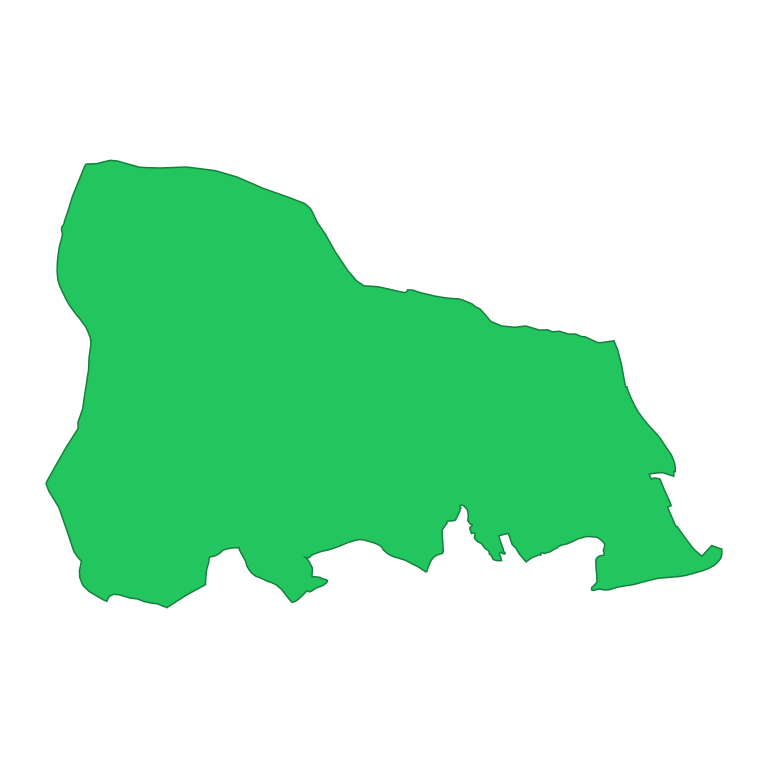 Santana De Mures, Mures, Romania
{"feature_id": "2599482B65561652185041", "entity_name": "Santana De Mures", "entity_type": "district", "adm_level": 2, "iso_a3": "ROU", "parent_name": "Romania", "parent_adm1": "Mures", "projection": "natural_earth1", "projection_center": [24.515, 46.596], "detail": "fine", "context": "isolated", "style": "filled", "palette": "green", "viewbox_px": 768, "rotation_deg": 0, "n_neighbors": 0, "source": "geoboundaries", "source_scale": "gbopen_adm2", "svg_char_len": 5169}
<svg xmlns="http://www.w3.org/2000/svg" viewBox="0 0 768 768"><path d="M106.8,601.3L107.9,598.9L109.1,596.6L111.3,595.4L113.5,594.3L119.3,594.8L130.1,598.1L137.1,598.9L141.0,600.3L144.8,601.7L152.5,603.3L157.3,603.8L164.6,606.8L165.6,606.8L166.8,607.7L172.3,604.1L186.1,595.3L200.5,587.4L205.5,584.6L205.7,579.2L206.1,574.7L206.8,569.0L208.7,562.7L209.0,559.2L209.6,557.3L210.7,556.8L213.5,556.4L216.8,555.0L219.9,553.1L223.3,550.0L228.2,548.6L233.4,547.9L239.1,547.7L239.1,549.0L240.9,552.8L243.2,556.9L245.8,561.6L246.8,566.0L249.3,570.1L251.3,572.8L255.7,576.2L258.5,577.2L263.2,579.2L267.0,581.1L271.0,582.4L276.6,585.0L281.7,589.6L288.3,598.1L291.5,602.0L292.6,602.2L293.8,601.9L295.8,601.1L297.8,599.7L301.9,596.0L304.2,593.7L306.7,591.0L307.8,590.8L308.5,591.5L309.6,591.9L310.6,591.5L312.4,590.6L315.8,588.2L318.8,587.0L321.1,586.3L323.6,585.0L326.6,582.8L327.2,581.8L327.5,580.8L326.9,580.0L325.2,579.4L323.0,579.0L320.3,577.5L316.7,576.9L311.9,576.7L312.3,571.2L312.3,567.8L309.1,561.5L307.3,559.1L305.2,557.3L308.5,557.8L309.5,557.5L311.0,555.8L313.3,554.3L316.2,553.3L321.1,551.5L329.1,549.7L337.2,547.0L343.3,544.5L348.6,542.3L352.4,541.2L357.4,539.8L362.1,539.6L368.4,541.2L374.1,542.9L379.4,545.2L381.5,546.9L383.3,549.8L386.5,552.8L389.3,554.7L394.5,557.1L397.3,557.7L400.8,558.9L405.0,560.1L418.7,567.2L425.6,571.8L426.7,571.7L428.3,567.0L430.7,561.2L433.2,557.6L436.2,555.5L439.7,554.1L442.5,553.3L443.3,551.5L442.0,530.2L446.1,524.3L446.9,523.8L446.7,523.1L446.9,522.0L447.9,521.2L449.7,520.9L451.7,521.0L455.3,520.2L457.3,516.4L459.7,511.5L460.0,510.1L460.3,508.8L461.0,508.0L460.8,507.4L459.8,506.1L460.4,505.3L462.5,505.2L464.1,506.2L466.2,508.4L467.7,510.4L468.3,516.0L468.0,518.6L467.8,520.8L468.8,522.2L470.4,524.0L472.3,524.8L472.3,525.7L471.0,526.5L469.9,527.5L469.9,529.1L470.7,531.1L471.1,532.8L471.6,533.6L473.3,532.9L474.6,533.0L475.1,534.0L474.8,535.8L474.3,537.5L475.6,539.8L477.7,541.8L481.0,543.3L482.3,544.6L485.0,548.5L487.1,549.7L488.7,551.0L489.2,552.2L489.3,554.0L491.2,555.4L492.2,557.5L493.3,559.5L495.5,560.3L497.5,560.6L499.5,560.7L501.5,560.6L500.9,557.6L499.4,554.0L499.8,552.7L500.8,552.5L502.5,553.4L504.3,554.1L505.2,553.6L505.0,552.7L503.4,551.1L503.3,548.8L502.4,547.1L500.5,541.4L498.7,535.9L502.9,534.7L508.3,533.4L512.2,544.6L515.8,548.1L519.1,553.7L526.0,561.9L531.4,558.0L539.2,554.7L540.8,555.1L540.7,553.9L541.2,552.9L542.4,552.7L543.6,553.4L544.9,553.4L546.5,552.8L550.2,551.8L554.1,549.3L557.5,547.6L558.1,546.6L559.7,545.8L561.9,545.1L563.5,544.7L565.0,544.3L567.6,543.7L572.7,541.5L578.8,538.5L581.6,537.9L584.2,537.0L586.0,536.8L589.1,536.5L593.0,536.9L596.1,537.1L597.8,537.7L599.5,538.8L601.4,540.3L602.5,541.4L604.5,543.6L604.6,545.6L604.3,547.8L603.6,549.1L603.4,551.4L604.2,552.9L603.8,555.2L602.0,555.4L599.3,556.0L596.7,558.1L595.8,560.1L596.0,567.9L596.8,575.2L596.9,582.3L593.6,585.8L591.7,587.5L591.5,589.1L592.0,590.3L594.6,590.2L599.5,588.9L601.1,589.5L605.8,590.0L609.4,589.7L617.7,587.1L626.7,585.6L633.6,584.6L634.9,584.2L646.9,581.0L655.2,578.9L658.5,578.3L678.1,576.6L685.7,575.5L701.8,571.0L707.9,568.8L713.5,565.8L716.0,563.8L718.9,560.7L720.3,559.0L721.1,557.3L721.9,554.2L721.8,549.1L718.4,548.0L711.7,545.5L701.8,556.2L695.3,550.5L692.2,547.2L687.0,540.4L677.1,526.5L676.0,526.7L667.5,507.1L671.2,505.7L669.7,501.5L664.5,490.2L659.9,478.9L654.4,477.9L651.4,479.2L649.1,474.2L653.8,473.3L660.8,472.7L662.8,472.7L673.7,476.3L673.9,471.8L675.4,471.7L675.1,466.8L674.6,463.1L673.1,459.1L671.4,455.0L667.7,449.5L664.2,444.4L660.6,438.9L657.5,435.0L652.8,429.8L648.4,425.1L642.8,418.3L638.0,411.6L634.8,405.8L631.3,398.6L629.8,395.1L628.1,391.0L627.8,389.7L626.8,386.7L625.5,386.9L621.8,366.5L621.2,363.2L619.4,356.6L617.7,350.0L616.1,346.1L614.0,340.8L608.8,341.5L604.6,342.1L601.0,342.6L597.9,342.7L584.9,336.7L581.8,336.7L575.5,334.0L568.5,334.1L559.7,331.3L552.3,331.8L547.6,329.8L539.5,330.1L525.8,326.0L514.8,327.3L501.5,325.9L490.9,321.5L487.5,317.4L480.0,308.9L475.2,306.7L472.4,304.1L462.6,300.0L458.7,298.9L449.4,298.3L441.3,297.2L434.4,296.0L426.5,294.1L420.0,292.5L412.7,290.1L407.7,289.8L406.5,292.0L404.4,292.6L378.4,286.8L369.2,286.1L364.2,285.9L356.6,280.9L347.8,270.6L335.3,251.9L325.3,234.1L317.3,222.5L312.6,212.5L311.5,210.5L310.4,208.5L304.9,203.7L288.8,197.4L263.2,188.4L237.2,177.1L215.2,170.6L186.4,167.0L160.2,168.0L146.4,167.6L139.4,167.2L130.2,164.6L117.3,161.0L110.3,160.3L103.5,161.9L97.0,163.6L86.1,164.1L84.5,166.6L72.4,196.5L67.5,212.4L64.3,221.5L64.3,222.7L63.7,224.3L61.6,227.4L61.6,230.3L62.3,233.2L62.2,235.9L61.5,238.7L60.7,241.7L59.5,246.1L58.2,254.0L57.4,261.7L57.1,269.3L57.2,272.6L57.8,279.5L60.0,286.7L63.8,294.6L65.8,298.9L69.2,304.8L72.1,309.1L76.5,314.8L80.2,319.2L82.6,322.7L85.5,326.5L87.7,331.1L90.0,336.9L90.9,339.8L90.5,339.8L90.9,342.1L90.7,346.0L89.9,351.2L89.0,357.8L88.8,364.3L88.5,370.2L87.6,375.6L86.5,383.1L84.5,395.7L82.7,408.5L82.5,409.2L80.2,416.0L77.9,422.4L78.0,424.2L78.1,426.9L78.1,428.5L66.4,446.9L54.4,467.9L47.0,481.1L46.1,483.5L48.7,490.9L58.8,507.3L67.2,531.4L73.8,551.3L77.4,556.7L81.4,561.3L79.4,570.8L79.8,577.7L82.8,585.2L89.1,591.5L103.2,599.8L106.8,601.3Z" fill="#22c55e" stroke="#15803d" stroke-width="1.5"/></svg>